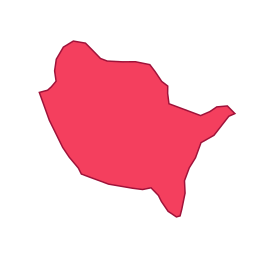 Samchon, Hwanghae-namdo, North Korea, rotated 290°
{"feature_id": "82179303B40793124111890", "entity_name": "Samchon", "entity_type": "district", "adm_level": 2, "iso_a3": "PRK", "parent_name": "North Korea", "parent_adm1": "Hwanghae-namdo", "projection": "mercator", "projection_center": [125.273, 38.339], "detail": "fine", "context": "isolated", "style": "filled", "palette": "rose", "viewbox_px": 256, "rotation_deg": 290, "n_neighbors": 0, "source": "geoboundaries", "source_scale": "gbopen_adm2", "svg_char_len": 802}
<svg xmlns="http://www.w3.org/2000/svg" viewBox="0 0 256 256"><g transform="rotate(290 128 128)"><path d="M131.1,32.5L108.3,51.5L96.7,63.6L87.4,73.3L80.4,82.9L73.4,95.0L68.8,99.9L68.7,109.5L68.7,114.4L68.7,116.8L68.6,128.9L70.8,141.0L73.0,153.1L75.2,162.8L79.7,170.1L75.0,179.7L70.4,184.5L63.4,194.2L62.7,197.1L61.0,203.9L63.2,207.0L70.2,206.3L86.3,203.9L97.8,199.1L111.6,199.2L123.1,201.6L139.2,201.6L150.6,211.3L173.5,218.7L178.1,223.5L182.7,213.8L178.2,204.2L171.4,199.3L164.5,192.0L164.6,182.4L164.7,170.3L164.8,158.2L174.1,153.4L181.0,151.0L183.3,143.7L190.3,134.1L195.0,126.8L192.8,112.3L188.3,100.2L183.8,85.6L183.9,78.4L188.6,68.7L193.2,59.0L191.0,46.9L181.9,39.6L168.1,37.1L156.6,39.5L147.4,44.4L140.5,41.9L136.0,39.5L131.1,32.5Z" fill="#f43f5e" stroke="#9f1239" stroke-width="1.5"/></g></svg>